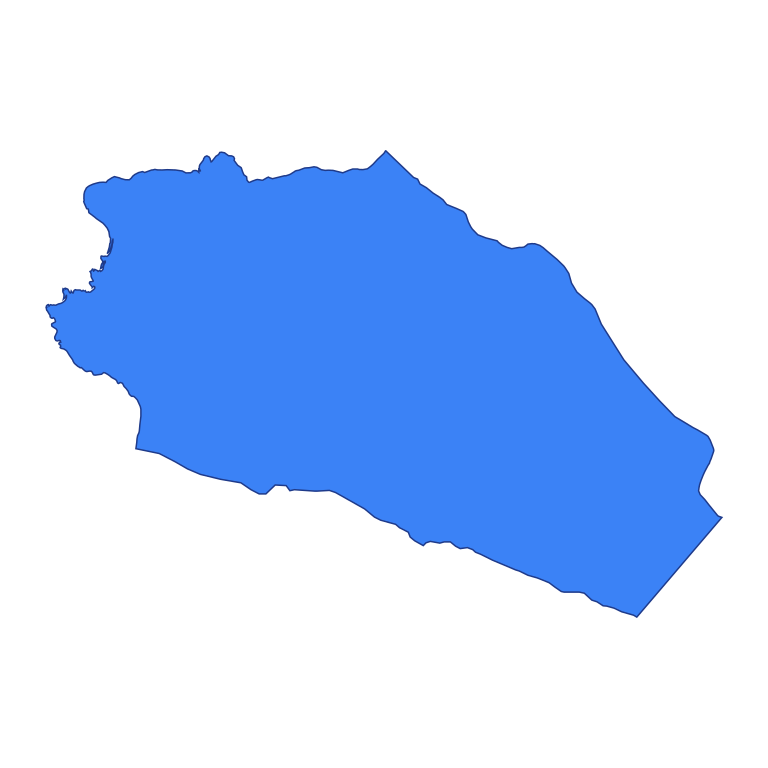 Theodorine, Anse-la-Raye, Saint Lucia
{"feature_id": "8701671B76033822027974", "entity_name": "Theodorine", "entity_type": "district", "adm_level": 2, "iso_a3": "LCA", "parent_name": "Saint Lucia", "parent_adm1": "Anse-la-Raye", "projection": "albers", "projection_center": [-61.054, 13.929], "detail": "fine", "context": "isolated", "style": "filled", "palette": "blue", "viewbox_px": 768, "rotation_deg": 0, "n_neighbors": 0, "source": "geoboundaries", "source_scale": "gbopen_adm2", "svg_char_len": 5956}
<svg xmlns="http://www.w3.org/2000/svg" viewBox="0 0 768 768"><path d="M414.7,540.8L423.3,545.6L426.0,542.8L430.3,541.4L439.8,543.1L444.2,541.9L450.4,541.9L455.6,546.2L460.2,548.6L467.4,547.6L472.7,549.6L475.5,552.2L480.5,554.2L492.6,560.2L515.6,569.9L519.2,571.0L528.0,575.3L537.2,577.9L549.1,582.7L555.2,587.3L561.3,591.5L564.0,592.1L579.3,592.1L584.3,593.2L591.8,600.1L597.0,601.8L603.1,605.8L606.7,606.1L613.9,608.1L621.7,611.8L633.6,615.2L636.8,617.1L721.9,517.4L718.7,516.3L718.0,515.9L717.3,515.2L708.7,504.6L704.9,499.7L700.2,494.7L698.6,490.9L699.0,487.7L699.6,484.7L701.0,480.5L703.1,475.2L704.6,471.9L708.0,465.4L709.4,463.3L709.8,461.8L711.1,458.8L713.6,451.5L713.8,450.2L713.4,448.4L710.2,440.2L708.0,436.4L706.5,435.2L697.7,430.0L693.1,427.6L674.8,416.6L659.8,401.1L643.4,383.1L623.8,359.8L601.3,324.1L595.1,309.0L591.8,304.6L589.9,302.9L584.4,298.6L576.9,292.1L571.5,283.1L568.8,273.5L565.2,267.9L563.7,265.9L557.0,259.4L547.3,251.3L543.2,247.7L539.8,245.4L534.7,243.7L533.3,243.8L532.2,243.6L527.9,244.1L525.9,245.8L523.9,247.1L522.0,247.4L519.4,247.4L511.7,248.7L507.1,247.4L502.2,245.3L498.5,242.4L497.1,240.8L485.9,237.9L477.8,234.8L472.3,229.1L470.7,226.7L468.3,221.9L465.9,214.5L464.0,212.3L463.0,211.4L456.3,208.4L451.8,206.6L446.7,204.5L443.0,199.8L439.7,197.3L433.1,193.1L426.4,187.7L420.0,184.0L417.6,179.1L413.6,177.5L385.9,150.9L385.5,150.9L384.4,152.7L383.7,153.6L377.6,159.3L373.1,164.2L370.6,166.4L368.0,168.4L367.1,168.9L362.9,169.6L359.2,169.5L357.6,169.0L352.8,169.0L348.9,170.3L342.8,172.8L333.0,170.4L328.3,170.2L325.2,170.4L321.3,169.7L316.9,167.3L314.0,166.8L309.3,167.7L304.7,168.0L298.9,170.2L296.1,170.7L294.8,171.3L294.5,171.6L290.4,174.2L289.0,174.8L285.8,175.8L284.3,175.8L272.5,178.7L269.2,177.6L268.5,177.1L267.2,177.6L262.7,180.2L261.8,180.2L259.6,179.8L257.3,179.5L256.0,179.8L252.4,181.1L249.5,182.4L248.6,182.2L247.0,180.2L246.6,176.8L243.9,174.8L242.6,171.8L241.5,168.5L241.1,167.6L237.7,165.3L234.1,160.4L234.5,158.7L233.6,156.8L231.7,155.9L228.5,155.7L224.6,152.8L221.4,152.2L219.7,152.5L219.3,153.5L218.1,154.9L216.0,156.2L211.8,161.5L211.1,161.9L210.3,159.7L210.1,158.6L209.1,157.0L206.9,155.9L205.0,156.7L203.7,158.6L203.3,160.2L200.0,164.5L199.4,166.0L199.3,167.9L199.1,168.3L200.6,171.4L198.8,169.6L198.8,172.4L197.5,171.1L196.4,170.6L195.2,170.5L193.8,170.6L192.7,171.1L192.2,171.9L190.6,172.8L185.9,172.9L182.3,171.0L175.6,170.0L167.2,169.7L162.1,170.0L157.4,169.9L154.9,169.4L152.9,169.9L151.6,170.0L144.7,172.5L142.5,171.6L138.5,172.6L134.8,174.5L132.7,176.2L131.3,178.1L129.3,179.8L125.2,179.7L121.1,178.6L119.5,177.9L114.4,176.6L111.7,177.9L107.8,180.4L106.1,182.4L103.1,182.2L99.6,182.4L96.6,183.1L93.1,184.1L89.5,185.7L88.2,186.5L86.4,188.0L84.6,191.6L84.0,194.4L83.9,199.0L84.2,200.1L83.7,201.5L84.2,203.0L86.7,208.7L87.5,208.8L88.3,209.1L88.9,212.7L94.7,217.1L96.4,218.6L102.9,223.1L104.7,225.0L107.2,228.1L108.9,231.7L109.6,236.6L110.6,238.3L110.4,241.4L110.3,242.8L109.8,243.6L109.3,247.2L107.6,252.8L107.0,253.6L108.2,252.6L110.2,249.9L111.9,244.4L112.4,240.7L112.8,239.9L113.0,238.5L112.8,242.8L112.4,243.6L111.9,247.2L110.2,252.8L108.2,255.5L107.1,256.4L104.9,256.1L104.5,256.4L103.8,256.4L101.4,256.0L101.0,256.3L100.9,258.5L102.7,261.2L102.7,262.5L101.6,264.1L101.1,265.8L100.6,268.5L102.0,267.7L103.1,266.3L103.6,262.9L104.2,261.3L105.3,261.2L105.3,262.5L104.2,264.1L103.6,265.8L103.1,269.2L102.0,270.6L100.6,271.4L100.2,270.7L99.4,270.6L98.1,271.4L97.6,270.7L94.8,269.4L94.1,270.7L93.6,271.0L93.3,269.9L92.8,269.0L92.2,269.3L91.5,270.7L90.0,271.5L90.7,272.7L91.1,274.1L91.1,276.4L91.5,277.6L93.2,280.7L93.2,281.1L92.8,281.3L91.5,281.6L90.8,281.6L89.7,282.0L89.4,283.1L90.3,284.6L92.0,286.7L92.2,287.1L92.2,287.7L93.8,286.3L94.6,286.7L94.8,287.1L94.8,288.0L94.2,289.0L90.6,292.0L89.8,292.2L89.1,292.3L88.3,291.8L88.0,292.0L86.5,292.3L86.0,292.0L85.3,290.7L84.9,291.0L84.1,291.0L83.1,290.3L82.3,291.0L81.6,291.0L80.1,290.0L76.4,290.0L75.5,289.7L74.7,290.0L74.2,290.4L73.8,291.0L73.3,292.5L73.0,293.0L72.3,292.7L71.2,291.0L70.8,292.5L70.4,293.0L69.7,292.7L67.9,289.3L66.6,288.6L65.5,289.0L65.4,288.3L64.0,288.6L63.1,289.4L63.9,291.2L62.9,289.6L62.8,290.6L62.9,291.9L63.9,294.1L64.0,294.8L63.9,297.1L63.4,299.1L65.3,297.4L65.9,296.4L66.5,294.8L66.5,297.1L66.3,298.3L65.3,300.3L64.3,301.3L62.9,302.3L61.4,303.2L60.5,303.5L58.6,303.9L56.0,305.1L55.0,305.2L53.8,304.9L52.4,305.2L50.5,304.7L49.6,305.3L49.0,306.1L48.4,304.6L47.9,304.7L47.0,305.3L46.4,306.1L46.7,307.3L46.1,307.4L46.7,310.2L47.2,310.7L50.1,315.5L50.1,316.7L50.4,317.3L51.3,318.0L52.1,318.3L53.5,317.7L54.5,318.6L55.0,319.5L55.5,321.5L55.3,321.9L51.9,323.7L51.7,324.1L51.6,324.8L51.9,326.2L54.3,327.8L56.0,328.8L57.1,330.4L57.0,331.9L56.9,332.3L54.7,337.0L54.8,338.6L55.8,340.4L56.1,340.6L57.0,340.9L57.8,340.9L59.0,340.4L59.6,340.4L60.3,340.7L60.5,341.1L60.0,341.9L60.5,342.2L59.2,342.9L58.9,343.3L59.2,344.4L60.5,345.1L60.7,346.3L60.1,347.4L60.4,347.9L61.3,348.4L63.3,348.8L64.3,349.2L66.4,350.6L67.2,351.6L69.5,355.4L72.6,359.8L73.2,361.4L74.5,363.5L77.8,366.3L79.2,367.1L80.2,367.8L81.4,367.6L84.6,370.6L85.6,371.2L86.3,371.5L87.3,371.5L89.5,371.1L91.2,371.2L92.2,372.2L93.3,374.5L94.0,375.0L95.5,375.1L101.6,374.2L103.6,372.6L105.1,372.9L107.9,374.5L109.9,375.9L110.7,376.7L112.1,377.7L115.3,379.4L115.9,379.9L116.7,380.8L117.6,382.9L118.1,383.3L118.4,383.5L119.5,383.0L119.9,382.6L120.4,382.5L122.3,383.2L122.7,383.7L124.1,386.5L126.1,388.5L128.1,391.2L129.2,394.0L130.5,395.5L131.7,396.3L132.9,396.3L133.9,396.5L135.3,397.7L137.3,399.9L140.3,406.5L140.9,409.3L140.9,416.2L139.9,424.5L139.3,431.1L138.9,432.8L137.6,435.6L137.0,439.0L136.8,442.1L135.9,448.7L159.2,453.5L175.4,461.9L187.5,468.9L200.4,474.4L220.6,479.3L240.9,482.8L251.0,489.7L259.1,493.9L265.9,493.9L275.2,485.0L286.2,485.6L289.9,490.7L294.4,489.7L314.7,491.1L317.2,491.1L329.4,490.4L335.5,492.5L364.6,508.9L374.5,517.1L380.9,520.3L395.6,524.3L399.5,527.7L408.3,532.2L410.2,537.1L414.7,540.8Z" fill="#3b82f6" stroke="#1e3a8a" stroke-width="1.5"/></svg>